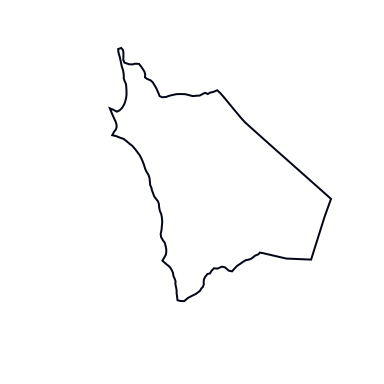 Maceió, Alagoas, Brazil (orthographic projection), rotated 121°
{"feature_id": "56859067B19267714233978", "entity_name": "Maceió", "entity_type": "district", "adm_level": 2, "iso_a3": "BRA", "parent_name": "Brazil", "parent_adm1": "Alagoas", "projection": "orthographic", "projection_center": [-35.697, -9.542], "detail": "fine", "context": "isolated", "style": "outline", "palette": "ink", "viewbox_px": 384, "rotation_deg": 121, "n_neighbors": 0, "source": "geoboundaries", "source_scale": "gbopen_adm2", "svg_char_len": 2289}
<svg xmlns="http://www.w3.org/2000/svg" viewBox="0 0 384 384"><g transform="rotate(121 192 192)"><path d="M188.6,55.1L144.9,65.6L126.3,69.3L114.4,132.8L113.5,137.8L106.0,177.3L105.2,181.3L104.5,184.0L103.5,187.4L100.7,195.5L99.4,199.2L97.6,204.3L94.1,214.2L92.7,218.5L91.8,222.8L95.3,225.3L97.4,227.6L99.9,229.0L100.2,231.9L102.4,233.3L105.4,235.1L107.3,237.9L109.4,240.7L111.6,248.1L113.4,251.4L116.1,255.7L119.5,259.3L121.3,261.1L123.9,263.2L126.2,266.5L126.5,269.1L125.0,271.1L123.3,273.4L121.2,276.4L118.2,282.1L117.6,285.0L118.2,288.8L117.9,291.4L115.4,292.6L113.3,294.8L111.1,299.2L109.5,303.3L111.3,306.8L113.2,308.6L114.9,311.7L115.9,316.5L114.3,318.8L110.8,320.8L107.5,322.8L105.8,324.4L105.0,326.9L107.5,328.9L109.8,327.3L111.9,325.2L113.9,323.0L118.1,319.1L120.7,316.7L122.9,314.1L125.3,311.9L127.6,310.3L129.9,308.9L131.8,306.6L133.3,304.4L135.3,302.8L138.5,300.6L142.2,298.3L145.3,296.9L147.9,296.1L150.8,295.4L153.6,295.2L156.1,295.3L159.2,296.1L161.8,297.7L162.1,302.3L162.6,305.5L164.9,302.5L167.4,299.0L169.3,296.3L171.0,293.7L172.8,291.7L175.0,290.1L177.5,289.5L181.1,289.8L184.4,289.6L183.2,286.0L182.8,283.6L182.4,281.0L181.7,278.0L182.2,274.0L182.8,270.3L183.2,266.9L184.1,264.2L184.9,261.8L185.9,259.5L187.3,256.0L189.0,253.1L190.8,250.6L193.3,247.3L195.9,244.5L197.9,241.7L199.6,238.4L201.7,235.8L204.7,233.5L207.6,231.4L209.1,229.2L211.0,227.4L213.0,224.9L215.2,222.2L216.4,219.4L217.5,216.4L219.2,214.3L221.9,212.4L224.6,210.0L226.8,207.0L229.0,205.0L231.5,203.1L233.7,201.7L236.5,200.4L240.2,198.6L244.2,197.2L246.6,195.2L248.2,192.4L249.6,189.1L252.8,185.9L255.0,184.1L257.0,183.0L259.4,182.1L262.8,182.0L266.1,182.0L267.1,176.7L267.4,174.2L267.9,172.0L269.1,169.6L271.0,166.8L273.7,164.5L275.1,162.4L276.9,160.2L279.5,158.8L281.1,157.3L284.0,154.7L286.9,152.9L289.4,150.9L292.2,148.7L291.5,146.1L289.6,142.5L284.9,140.9L281.1,138.6L277.2,136.1L272.7,134.3L269.9,134.3L267.7,133.8L265.1,134.3L263.2,135.6L260.7,136.8L257.9,137.0L254.3,136.5L252.6,134.7L249.1,134.6L246.1,133.9L244.6,130.8L240.6,127.9L239.6,124.9L240.5,120.1L239.4,116.8L235.6,116.1L232.1,115.3L229.2,113.9L225.8,112.4L222.8,110.8L221.3,109.1L219.0,107.1L216.8,106.1L214.0,105.1L211.2,103.0L209.0,102.6L208.0,100.1L200.5,76.9L188.6,55.1Z" fill="none" stroke="#020617" stroke-width="2"/></g></svg>